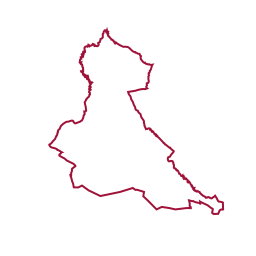 outline of Momba, Mbeya, United Republic of Tanzania, rotated 350°
{"feature_id": "72390352B95240342657452", "entity_name": "Momba", "entity_type": "district", "adm_level": 2, "iso_a3": "TZA", "parent_name": "United Republic of Tanzania", "parent_adm1": "Mbeya", "projection": "orthographic", "projection_center": [32.491, -8.789], "detail": "fine", "context": "isolated", "style": "outline", "palette": "rose", "viewbox_px": 256, "rotation_deg": 350, "n_neighbors": 0, "source": "geoboundaries", "source_scale": "gbopen_adm2", "svg_char_len": 5735}
<svg xmlns="http://www.w3.org/2000/svg" viewBox="0 0 256 256"><g transform="rotate(350 128 128)"><path d="M64.3,173.4L64.3,177.0L68.6,177.9L72.7,176.7L78.4,182.6L89.0,190.2L109.0,189.6L122.3,187.9L124.5,190.2L126.2,190.4L132.7,193.7L131.2,197.9L134.6,202.4L142.0,213.1L147.6,211.6L155.0,214.1L160.5,216.4L171.7,217.0L175.9,217.8L176.0,216.7L175.3,215.9L175.2,215.4L175.7,213.1L175.5,209.8L175.8,209.9L176.2,210.2L178.3,211.1L179.0,211.3L179.3,211.2L181.4,212.7L185.3,214.3L185.9,215.1L186.1,215.1L186.3,214.6L186.3,213.1L186.5,213.3L193.1,218.0L195.6,220.8L197.4,222.4L197.4,222.9L196.1,226.1L197.3,227.5L201.8,228.2L202.0,227.8L202.8,227.0L203.4,225.8L204.2,224.9L205.7,224.4L206.5,224.7L207.5,224.7L208.5,217.9L206.8,216.9L204.6,216.2L204.0,215.4L203.1,212.4L202.0,209.8L200.9,210.6L199.7,211.0L198.6,211.7L197.7,211.8L196.8,211.0L196.3,210.9L195.6,210.2L194.9,209.9L193.8,210.3L193.1,210.3L192.9,210.0L192.5,210.1L191.9,209.0L189.9,207.6L189.5,206.7L188.6,206.2L188.3,205.2L187.7,204.8L187.4,203.5L186.4,203.1L185.8,202.2L185.0,202.6L184.5,202.5L184.1,201.8L183.8,202.0L183.2,201.6L183.1,201.1L182.7,201.1L182.3,200.7L182.1,200.2L182.3,199.8L181.9,199.9L181.7,199.6L182.6,198.6L182.2,198.6L182.1,198.4L181.7,198.6L181.2,197.9L181.5,197.5L181.0,197.0L181.1,196.2L181.0,195.8L180.6,195.8L180.7,195.4L180.0,194.5L179.5,192.5L178.6,191.1L177.9,191.3L177.6,191.9L177.4,191.7L177.2,191.3L177.8,190.0L177.5,189.3L176.4,188.5L176.5,187.9L175.9,187.7L175.4,188.1L175.0,187.5L174.6,187.6L174.9,186.7L174.1,186.5L174.4,186.2L174.2,185.9L174.4,185.9L174.5,185.5L174.3,185.5L174.1,184.8L173.6,184.6L173.6,184.2L172.8,184.8L172.2,184.6L171.4,182.6L170.9,182.0L170.4,181.8L170.4,181.1L169.8,178.9L169.2,178.1L168.7,178.3L168.1,177.5L168.0,176.5L167.6,176.4L167.5,176.0L166.6,175.6L166.3,175.1L166.3,174.4L166.8,173.2L166.8,172.4L166.5,171.9L166.7,171.5L166.4,170.3L166.6,169.7L166.2,169.2L166.1,168.4L164.8,167.9L162.6,168.0L161.9,167.1L161.8,165.1L162.5,163.8L164.2,163.6L165.7,161.9L168.5,159.6L168.9,159.1L168.9,158.5L167.0,156.5L166.1,154.7L165.6,154.8L162.3,151.0L161.6,150.6L161.3,149.5L160.5,149.1L160.5,148.7L156.8,143.1L155.7,141.8L155.6,141.2L155.2,141.4L154.8,141.1L154.7,139.9L154.2,140.2L153.9,139.1L153.7,139.2L153.5,138.8L153.1,138.7L153.2,138.2L152.6,137.4L152.3,136.2L151.1,136.1L151.0,135.7L151.4,135.1L151.2,134.9L150.6,134.9L150.3,134.6L150.3,133.6L149.6,133.5L149.8,133.0L149.6,132.5L149.1,132.5L148.8,132.0L148.3,131.9L146.7,132.3L146.1,132.0L145.5,132.2L144.6,128.4L144.8,127.1L144.5,125.6L144.9,124.7L144.7,123.3L143.0,119.7L142.7,116.5L141.0,114.4L140.8,112.9L139.3,111.8L138.7,111.0L138.6,108.5L137.8,106.3L137.3,103.1L136.1,100.1L136.0,97.3L135.1,95.8L134.6,94.5L134.4,92.5L141.7,92.6L144.6,92.2L148.7,92.1L151.8,92.7L153.8,92.3L153.3,91.7L153.1,90.5L154.1,89.3L154.0,88.2L154.3,87.2L155.8,87.0L156.6,85.7L156.6,82.9L157.0,81.9L156.9,81.0L157.9,79.6L157.7,79.1L157.8,77.7L158.4,77.2L158.6,77.3L159.3,76.4L159.4,75.4L160.2,74.9L160.8,74.1L162.5,70.6L163.1,69.9L161.5,69.9L159.8,68.9L159.5,69.0L158.6,68.7L156.5,67.6L156.1,66.6L155.4,66.7L154.4,65.7L152.6,62.4L152.7,60.3L153.3,59.5L152.6,58.7L152.2,57.0L150.6,56.5L149.4,55.4L148.4,55.1L148.2,54.4L147.2,54.1L146.0,53.3L142.9,49.1L141.8,48.2L139.2,47.4L137.8,47.3L136.7,46.7L134.0,44.7L131.3,42.2L130.1,42.6L130.0,42.4L130.7,42.1L130.7,41.5L129.5,41.4L129.5,40.4L128.8,40.1L128.5,39.0L128.0,38.7L127.7,38.2L127.0,38.1L126.8,37.3L125.4,35.2L125.4,34.8L125.0,34.2L124.6,34.1L124.2,32.0L124.4,32.1L125.0,31.6L124.6,30.7L125.2,29.7L124.8,29.5L124.5,29.8L124.0,29.8L124.4,29.3L124.3,28.2L124.0,28.8L123.1,29.0L122.8,27.9L122.0,27.8L120.9,28.8L120.1,30.7L119.5,31.0L118.9,34.4L117.9,35.2L116.4,35.6L116.0,36.9L115.2,38.0L115.2,38.4L114.2,38.9L113.7,38.9L113.3,39.2L113.6,40.9L112.9,41.8L111.7,42.1L110.8,41.6L109.2,41.5L109.0,40.5L109.4,40.0L107.9,39.1L106.9,40.2L105.1,40.5L104.2,40.9L103.8,39.4L103.4,39.1L102.7,40.5L102.2,40.9L101.2,40.3L100.3,40.5L99.2,41.2L98.9,42.4L99.0,45.5L98.6,45.9L98.3,45.9L98.1,45.8L98.2,44.9L97.2,45.0L96.4,47.0L96.5,47.2L97.2,47.4L97.0,47.9L96.6,48.0L95.8,47.1L95.2,47.4L95.4,48.3L96.4,49.1L96.1,49.9L95.8,50.3L94.2,49.9L93.7,50.1L94.0,51.7L92.7,52.3L91.8,55.1L92.4,55.7L93.4,55.3L93.2,55.9L92.6,56.6L93.0,57.3L93.8,57.6L93.9,59.3L93.6,59.8L94.2,60.9L93.8,62.9L92.5,64.2L91.6,64.0L91.6,64.4L92.4,65.0L93.7,64.3L93.6,64.8L92.6,65.4L93.6,66.8L93.0,67.1L93.0,67.7L93.6,68.5L94.1,67.8L95.1,68.4L95.1,69.9L94.6,69.9L94.6,70.4L95.5,70.4L95.8,69.4L96.1,69.2L97.3,69.5L97.0,70.0L97.6,70.7L97.5,72.3L97.2,72.7L96.5,72.2L96.1,72.2L96.1,72.6L96.8,73.2L97.8,73.3L98.3,74.2L98.3,74.5L97.8,74.6L97.7,74.8L97.8,75.2L98.6,75.4L98.7,75.6L98.0,76.4L98.1,77.1L98.4,77.2L99.6,76.6L100.4,76.7L100.6,77.0L99.9,77.3L98.4,79.1L97.7,79.3L97.6,79.7L98.0,80.4L97.1,80.7L97.3,81.6L97.8,81.4L98.2,81.6L98.0,81.9L97.0,81.9L96.4,82.9L96.7,83.7L97.3,83.4L97.8,83.9L97.5,84.1L96.6,84.2L96.5,84.8L95.8,85.8L95.9,86.1L96.6,86.8L96.4,88.2L95.7,88.6L95.7,89.3L94.5,90.7L93.4,91.1L92.8,91.9L91.7,92.6L91.3,93.5L89.8,95.2L90.0,100.4L89.8,103.7L89.1,104.3L87.9,104.1L88.0,104.8L87.6,105.5L87.8,106.2L87.6,107.1L86.5,107.9L86.0,109.5L85.1,111.1L83.9,112.6L83.0,112.8L82.4,113.3L77.3,114.3L76.8,114.3L75.9,113.4L75.4,112.6L75.3,111.7L74.4,111.0L73.8,110.9L70.2,111.4L68.3,111.2L64.8,112.7L62.2,114.4L60.7,116.8L58.7,118.3L57.8,120.4L58.0,120.4L56.6,123.2L56.1,123.3L54.3,126.1L51.6,128.1L50.5,129.2L49.0,130.2L47.8,130.6L47.5,130.9L48.0,132.4L48.9,133.6L53.1,135.6L54.3,136.5L54.6,137.3L55.7,137.8L58.5,140.3L58.2,140.3L57.3,141.5L55.8,142.2L55.6,143.3L56.0,143.7L58.7,145.9L60.1,146.9L62.1,149.4L68.1,153.8L69.6,155.9L69.5,156.5L65.9,158.3L65.1,161.1L64.3,162.2L63.8,164.7L63.1,164.4L63.1,165.3L63.5,167.0L63.7,170.4L64.3,173.4Z" fill="none" stroke="#9f1239" stroke-width="2"/></g></svg>